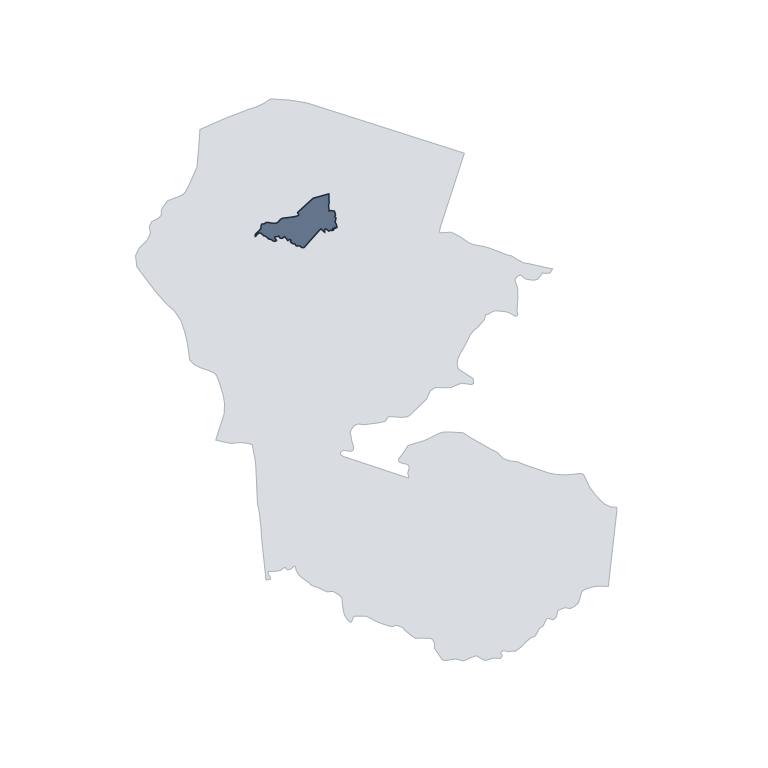 Luampa, Western, Zambia shown in context, rotated 108°
{"feature_id": "96606910B75659295397669", "entity_name": "Luampa", "entity_type": "district", "adm_level": 2, "iso_a3": "ZMB", "parent_name": "Zambia", "parent_adm1": "Western", "projection": "equal_earth", "projection_center": [24.874, -15.433], "detail": "fine", "context": "in_parent", "style": "filled", "palette": "slate", "viewbox_px": 768, "rotation_deg": 108, "n_neighbors": 0, "source": "geoboundaries", "source_scale": "gbopen_adm2", "svg_char_len": 8381}
<svg xmlns="http://www.w3.org/2000/svg" viewBox="0 0 768 768"><g transform="rotate(108 384 384)"><path d="M489.3,526.7L461.7,526.8L451.6,529.7L443.3,534.1L433.4,541.1L427.7,545.9L426.1,548.6L425.3,554.5L425.3,563.6L424.2,570.2L421.2,576.2L406.2,583.4L396.4,589.4L386.8,596.4L379.5,605.5L374.5,616.7L366.2,630.6L348.9,655.3L338.9,659.9L330.6,658.9L320.6,653.7L312.6,652.7L306.6,656.0L301.2,655.0L296.2,649.8L292.0,647.9L288.6,649.3L284.2,649.1L276.3,646.2L269.4,637.4L265.7,633.7L262.8,632.3L254.6,630.9L235.7,628.9L216.1,633.3L198.8,637.7L181.2,618.0L164.2,597.2L160.6,591.9L154.2,584.9L149.6,581.5L147.8,579.8L143.1,561.2L140.5,544.1L139.7,378.9L217.4,378.9L222.4,378.2L222.6,376.4L219.0,367.6L219.2,364.5L220.2,358.4L223.6,346.4L223.8,342.4L222.2,329.3L222.3,322.0L223.2,307.3L222.7,302.2L224.5,295.6L225.1,291.2L225.8,289.3L224.9,284.2L223.3,266.6L222.4,259.2L227.1,260.3L228.7,264.0L229.6,267.9L231.7,268.1L237.2,270.5L239.1,273.8L240.4,280.8L239.7,284.4L237.9,287.4L239.7,289.9L243.4,291.7L245.5,291.1L251.8,286.3L257.6,284.5L260.5,283.3L273.4,280.1L276.0,278.4L277.7,278.4L279.0,279.8L277.9,284.8L277.5,289.3L279.1,297.6L280.3,301.5L282.9,304.4L284.9,305.8L287.1,308.9L291.5,308.3L301.4,312.6L304.4,314.6L308.5,316.5L311.5,317.3L321.6,318.8L332.3,321.1L337.9,321.4L341.8,320.8L344.6,319.5L346.3,318.2L347.1,317.0L351.2,301.1L353.2,299.9L355.9,299.1L357.5,300.5L359.2,310.5L366.9,319.6L369.5,327.2L371.4,333.7L373.1,335.5L376.1,337.7L380.7,338.5L384.9,338.7L405.8,349.8L408.1,351.8L410.6,357.7L412.1,364.4L413.7,369.7L416.4,370.7L418.8,371.1L421.2,374.7L423.0,377.9L429.1,390.9L429.9,396.1L432.9,399.5L436.9,401.0L440.7,401.2L442.9,399.7L448.2,397.0L452.4,393.9L455.4,392.8L457.2,393.5L458.6,395.6L459.4,402.1L462.4,404.3L464.6,403.4L465.4,400.9L465.5,399.6L465.9,331.5L464.0,331.9L461.6,333.9L456.0,334.1L453.9,335.5L453.2,337.7L453.6,340.6L453.7,344.4L452.9,346.2L450.4,346.9L446.9,345.5L440.6,343.5L435.3,342.3L431.5,337.2L426.4,329.5L423.1,325.6L415.0,317.5L413.6,315.9L411.2,312.2L409.1,305.8L407.1,298.3L406.0,293.6L408.0,286.4L412.9,262.7L414.0,255.3L418.0,247.8L418.3,241.1L416.7,232.5L417.2,227.7L417.8,200.6L416.8,192.0L414.1,182.4L408.3,169.2L408.3,166.3L417.4,157.7L420.1,154.5L424.9,147.5L428.1,141.5L430.1,136.7L430.9,130.5L429.4,124.6L432.5,123.4L507.2,108.1L508.3,112.1L510.5,118.9L513.1,123.9L516.3,128.3L519.0,130.9L520.8,131.7L532.3,131.4L536.4,134.1L540.0,137.4L540.8,142.7L543.2,145.9L545.7,148.5L546.8,148.8L548.7,148.2L551.8,148.1L554.6,149.2L556.0,150.4L556.1,154.7L557.0,156.7L560.8,157.4L564.8,157.8L568.6,160.7L572.7,161.3L577.5,162.5L579.7,165.7L584.8,168.9L591.0,171.8L597.8,176.7L597.9,178.2L599.1,181.0L600.3,183.0L600.3,186.0L600.9,188.8L602.6,189.5L604.1,189.7L605.5,187.7L607.3,187.7L609.3,189.0L609.9,192.2L611.5,196.5L614.0,199.5L615.7,202.3L615.0,207.5L613.9,212.2L617.3,216.9L621.7,221.4L622.9,223.3L623.2,229.9L623.9,232.2L626.8,237.6L628.3,241.3L628.2,243.4L619.9,254.2L614.9,255.9L612.7,258.1L611.3,260.4L614.5,271.2L616.2,275.3L614.7,280.5L611.3,289.2L609.9,290.0L609.5,296.6L610.5,299.0L612.1,300.8L612.7,305.3L612.4,316.4L610.3,329.0L613.8,340.0L615.0,341.2L620.1,341.3L621.0,342.3L619.7,345.4L616.1,350.2L609.6,354.0L600.3,358.1L598.3,362.1L597.0,367.9L598.0,371.3L599.2,373.2L598.8,378.3L597.9,383.6L598.1,387.8L597.7,391.5L596.4,393.3L594.7,398.9L592.7,404.5L591.1,407.0L588.7,409.7L585.0,412.0L585.1,413.1L589.2,415.7L590.3,417.5L590.6,418.7L588.9,421.5L590.8,423.2L593.1,424.7L595.3,428.4L597.7,435.4L598.1,436.1L598.9,436.2L600.2,435.5L602.8,432.6L604.7,431.6L606.9,435.6L568.0,453.0L558.9,456.5L545.3,462.6L540.9,464.9L537.3,467.2L501.3,480.7L495.6,483.3L482.9,490.3L482.4,491.4L482.5,494.5L483.6,501.0L485.8,506.9L487.6,510.3L488.7,519.0L489.3,526.7Z" fill="#d9dde1" stroke="#a8b0b8" stroke-width="1"/><path d="M278.8,507.2L278.8,506.6L278.8,506.4L279.3,505.5L279.4,504.9L279.6,504.4L279.6,504.0L279.5,503.6L279.4,503.2L279.3,502.9L279.2,502.7L278.8,502.1L269.9,498.3L256.0,492.1L258.0,487.3L254.9,488.1L254.4,486.9L255.7,483.8L254.2,482.3L254.2,481.9L254.3,481.8L254.3,481.6L254.2,481.3L254.2,481.2L254.2,480.9L253.9,480.6L253.8,480.4L253.7,480.4L253.4,480.4L253.2,480.4L253.3,480.2L253.2,480.1L253.3,479.9L253.3,479.7L253.2,479.7L253.1,479.8L252.9,480.0L252.7,480.0L252.6,480.3L252.5,480.5L252.4,480.6L252.4,480.8L252.2,480.8L252.0,480.7L251.9,480.7L252.0,480.3L251.9,480.2L251.9,479.9L251.8,480.0L251.7,480.0L251.7,479.9L251.6,479.7L251.4,479.6L251.3,479.4L251.2,479.3L251.2,479.2L250.9,479.0L250.7,479.0L250.8,478.9L250.9,478.6L250.7,478.3L250.7,478.1L250.3,478.1L250.2,478.3L250.1,478.2L250.0,477.9L250.1,478.0L250.2,477.9L249.9,477.7L249.7,477.5L249.5,477.4L249.4,477.3L249.4,477.2L248.1,477.9L247.5,478.3L247.1,478.5L246.6,478.9L245.5,480.3L243.5,480.8L243.0,480.6L242.8,480.6L240.9,481.1L240.7,481.1L240.4,482.2L240.1,482.5L239.2,482.5L238.8,482.4L238.2,482.3L237.8,482.5L235.5,484.1L234.9,484.6L235.4,488.1L236.5,489.5L233.4,491.0L232.5,491.4L230.4,492.1L229.8,492.0L229.7,492.0L228.1,492.3L227.9,492.4L226.2,493.1L224.0,493.9L222.4,494.3L220.2,495.2L229.2,508.8L247.6,519.2L247.9,519.1L248.6,518.1L249.1,517.8L250.0,517.4L250.1,517.5L250.3,517.7L250.4,517.8L250.8,518.1L251.2,518.8L251.4,519.1L251.7,519.5L252.0,520.0L252.2,520.6L252.4,520.8L252.6,521.2L252.8,521.5L253.0,521.8L253.2,522.2L253.4,522.8L253.7,523.3L253.9,523.6L254.1,524.0L254.3,524.4L256.8,529.9L257.0,530.2L257.2,530.6L257.4,531.0L257.6,531.3L257.6,531.5L258.0,532.0L258.2,532.3L258.4,532.5L258.9,532.8L259.0,533.0L259.6,533.3L260.4,533.8L260.7,533.9L260.9,534.0L261.1,534.1L261.3,534.2L262.0,534.4L262.5,534.7L263.0,535.0L263.3,535.3L263.8,535.7L264.3,536.2L264.5,536.6L264.7,537.1L264.9,537.4L265.0,537.8L265.2,538.4L265.3,539.0L265.3,539.3L265.4,539.6L265.6,540.3L265.7,540.9L265.8,541.2L265.8,541.4L265.9,541.7L265.9,542.0L266.0,543.3L266.0,543.5L266.1,543.8L266.2,544.3L266.3,544.5L266.4,544.8L266.5,545.1L266.6,545.3L266.7,545.5L266.8,545.6L266.8,546.1L267.4,546.5L268.8,547.6L269.4,549.2L269.5,549.3L269.6,549.5L269.8,549.6L270.4,549.8L270.7,549.8L271.0,549.8L271.5,549.8L271.7,549.7L272.3,549.6L272.5,549.5L273.1,549.4L273.6,549.4L273.9,549.3L274.1,549.3L274.5,549.3L275.0,549.4L275.4,549.7L275.8,549.8L276.6,550.1L276.8,550.2L277.2,550.4L278.1,550.9L278.6,551.1L279.9,552.0L280.2,552.1L280.4,552.2L280.7,552.3L281.2,552.5L281.9,552.6L282.0,552.6L282.5,552.5L282.6,552.4L282.8,552.3L283.4,552.0L283.3,551.9L282.8,551.5L282.2,551.2L281.9,551.1L281.6,551.1L280.9,551.5L280.7,551.5L280.6,551.4L280.5,551.1L280.5,550.9L280.4,550.7L280.2,550.5L280.2,550.3L280.0,550.1L279.9,550.0L279.5,549.9L279.3,549.7L279.0,549.4L278.9,548.9L278.7,548.1L278.7,547.4L278.7,547.2L278.9,546.9L279.2,546.2L279.4,546.0L279.5,545.6L279.6,545.2L279.7,544.9L279.9,544.7L280.2,544.1L280.3,543.8L280.2,543.5L280.1,543.1L280.1,542.7L280.1,542.4L280.3,541.5L280.5,541.2L280.7,540.7L280.8,540.5L280.9,540.2L281.2,539.6L281.3,539.4L281.2,539.3L281.4,539.1L281.5,538.8L281.7,538.3L281.8,538.0L281.8,537.7L281.7,537.5L281.6,537.3L281.5,537.0L281.5,536.5L281.6,535.9L281.7,535.4L281.7,535.2L281.8,534.8L281.9,534.4L282.0,534.1L282.2,533.9L282.3,533.7L282.2,533.4L282.2,533.1L282.1,532.8L282.1,532.7L282.2,532.2L281.9,531.7L281.4,531.1L281.2,531.0L281.1,530.8L281.0,530.6L280.8,530.5L280.7,530.5L280.3,530.7L280.2,531.0L280.0,531.4L279.7,532.0L279.3,532.4L279.1,532.7L278.9,532.9L278.6,533.1L278.4,533.2L278.1,533.2L277.9,533.2L277.7,533.1L277.6,532.9L277.1,531.7L276.8,531.1L276.6,530.8L276.4,530.6L276.3,530.3L275.8,529.8L275.8,529.7L276.1,529.4L277.0,528.6L277.3,528.1L277.3,527.9L277.3,527.5L277.3,527.1L277.1,526.3L276.8,525.8L276.5,525.3L276.2,525.2L275.8,525.0L275.3,524.9L275.1,524.8L275.0,524.6L275.0,524.4L275.0,524.2L274.7,523.8L274.7,523.7L275.5,522.6L275.9,521.8L276.2,521.4L276.3,521.3L276.5,521.1L276.7,520.8L276.9,520.5L277.3,520.2L277.4,519.9L277.3,519.7L277.2,519.6L277.0,519.4L276.6,519.2L276.2,518.9L275.9,518.6L275.8,518.3L275.7,518.1L275.7,517.9L275.6,517.5L275.7,517.3L275.9,517.0L276.0,516.9L276.2,516.7L276.3,516.6L276.5,516.6L276.8,516.7L276.9,516.8L277.1,516.9L277.5,517.1L277.7,516.9L278.1,516.2L278.3,515.9L278.4,515.5L278.4,515.1L278.6,514.5L278.7,514.3L278.8,513.8L278.6,513.2L278.2,512.5L278.4,511.9L278.6,511.6L278.7,511.4L278.9,511.2L279.2,510.9L279.5,510.7L279.7,510.2L279.8,510.0L279.8,509.7L279.7,509.4L279.6,509.2L279.4,509.0L279.3,508.8L279.2,508.5L278.9,507.6L278.8,507.2Z" fill="#64748b" stroke="#1e293b" stroke-width="1.5"/></g></svg>